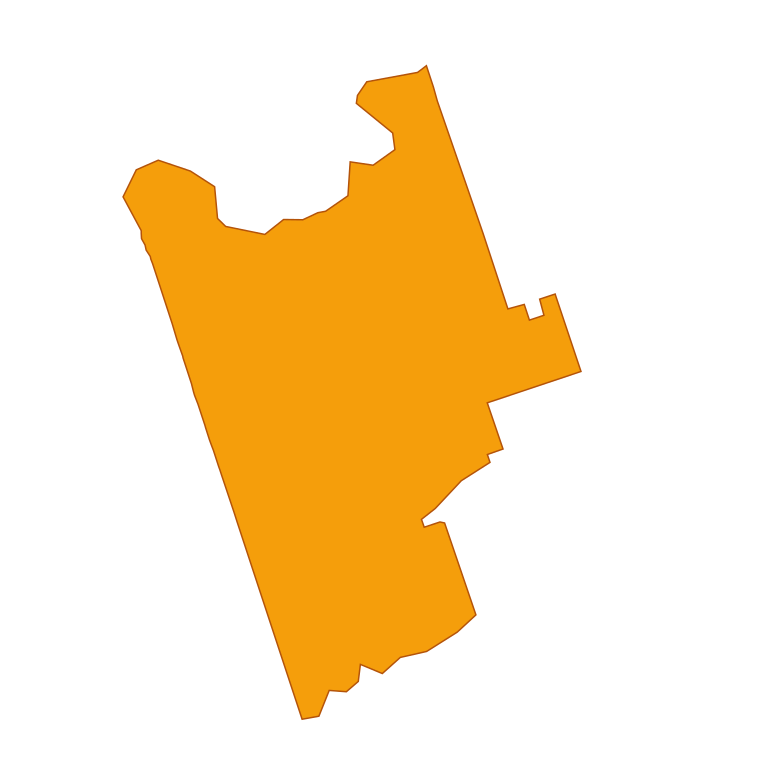 Sebastian, Arkansas, United States of America (orthographic projection), rotated 340°
{"feature_id": "52423323B741493038537", "entity_name": "Sebastian", "entity_type": "district", "adm_level": 2, "iso_a3": "USA", "parent_name": "United States of America", "parent_adm1": "Arkansas", "projection": "orthographic", "projection_center": [-94.303, 35.191], "detail": "fine", "context": "isolated", "style": "filled", "palette": "amber", "viewbox_px": 768, "rotation_deg": 340, "n_neighbors": 0, "source": "geoboundaries", "source_scale": "gbopen_adm2", "svg_char_len": 1247}
<svg xmlns="http://www.w3.org/2000/svg" viewBox="0 0 768 768"><g transform="rotate(340 384 384)"><path d="M192.4,671.0L209.2,673.9L227.7,653.2L243.4,660.3L258.1,654.7L265.9,639.4L283.4,655.5L305.8,646.5L332.6,649.9L368.0,642.2L391.4,632.4L391.8,613.1L393.4,535.3L389.4,532.8L372.8,532.3L372.9,526.0L372.9,524.0L389.6,518.5L423.6,501.3L456.8,493.9L457.0,485.6L473.6,485.8L474.6,437.0L573.4,439.6L575.5,359.9L575.6,358.0L559.3,357.5L557.8,374.1L542.5,373.7L543.0,357.2L526.1,355.8L528.6,276.5L530.9,136.2L532.0,121.8L532.7,99.4L522.1,102.7L471.2,94.1L457.8,103.7L454.0,110.8L478.0,151.1L474.4,167.5L448.6,174.7L428.2,163.7L414.5,194.8L388.2,201.7L380.4,200.4L363.9,201.9L345.9,195.1L323.2,202.7L289.1,181.8L284.2,171.5L292.3,140.7L274.9,117.7L248.4,96.5L224.5,98.0L202.8,118.9L208.3,156.7L208.2,157.2L207.4,159.4L205.9,164.4L206.0,165.4L207.0,171.7L206.3,176.8L208.0,184.3L207.6,186.7L207.7,191.8L205.6,254.8L204.6,271.5L204.5,276.0L204.4,289.0L204.1,290.8L204.0,293.5L204.0,294.1L203.2,317.8L202.3,326.6L202.1,329.9L202.3,339.2L201.6,361.5L201.4,364.2L200.9,376.8L200.9,380.9L201.0,388.1L200.4,405.2L200.4,408.3L200.2,414.6L199.2,453.3L198.8,463.4L196.8,527.3L193.9,621.5L192.4,671.0Z" fill="#f59e0b" stroke="#b45309" stroke-width="1.5"/></g></svg>